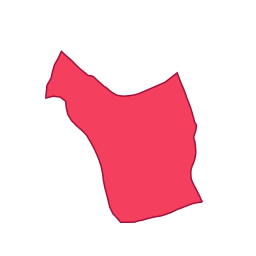 Az Zahir, Al Bayda', Yemen, rotated 339°
{"feature_id": "15242507B38205653347436", "entity_name": "Az Zahir", "entity_type": "district", "adm_level": 2, "iso_a3": "YEM", "parent_name": "Yemen", "parent_adm1": "Al Bayda'", "projection": "mercator", "projection_center": [45.434, 13.999], "detail": "fine", "context": "isolated", "style": "filled", "palette": "rose", "viewbox_px": 256, "rotation_deg": 339, "n_neighbors": 0, "source": "geoboundaries", "source_scale": "gbopen_adm2", "svg_char_len": 2737}
<svg xmlns="http://www.w3.org/2000/svg" viewBox="0 0 256 256"><g transform="rotate(339 128 128)"><path d="M170.8,223.3L170.8,222.3L170.5,220.7L170.5,218.7L170.4,217.1L170.3,215.5L170.0,213.7L169.9,212.1L169.7,210.5L169.5,208.5L169.3,206.8L169.0,204.9L168.9,202.9L168.8,201.0L168.8,199.2L169.0,197.5L169.2,196.6L169.3,196.2L169.4,195.7L170.0,194.0L170.6,192.4L171.2,190.8L172.2,189.1L173.3,187.6L174.0,186.8L174.5,186.2L175.7,185.0L176.3,184.3L176.8,183.8L178.0,182.5L178.4,182.0L179.0,181.2L179.9,179.8L180.9,178.3L181.8,176.7L182.6,175.0L183.1,173.5L183.4,172.4L183.6,171.6L183.8,171.1L184.1,170.1L184.7,168.3L185.1,166.5L185.5,164.9L185.5,164.7L185.5,164.2L185.6,163.1L185.7,161.5L186.2,159.9L186.5,159.5L187.2,158.5L188.4,157.0L189.7,155.6L190.6,154.2L190.9,153.8L191.4,152.8L192.2,151.3L192.9,149.7L192.7,148.3L192.4,146.5L192.4,144.9L192.7,143.3L192.7,143.2L192.9,141.4L193.0,139.8L193.2,138.0L193.3,136.9L193.4,136.2L193.4,134.6L193.6,133.0L193.7,131.0L193.7,129.4L193.7,127.6L193.7,126.0L193.7,124.3L193.7,122.7L193.7,121.1L193.7,119.1L193.8,117.4L193.9,115.5L193.9,113.6L193.9,111.8L193.9,110.0L193.7,108.0L193.7,106.3L193.6,104.6L193.6,102.8L193.6,101.0L193.6,99.0L193.6,98.9L193.6,96.9L193.6,95.1L193.7,94.1L178.9,98.6L150.9,99.8L145.7,99.4L141.8,98.5L138.6,97.7L136.9,97.2L135.2,96.6L133.1,95.6L131.2,94.5L129.6,93.5L128.2,92.1L126.9,90.4L125.7,88.8L125.5,88.5L124.8,87.5L123.9,85.9L122.9,83.9L122.4,83.1L121.8,82.0L120.7,80.6L120.3,80.1L115.7,71.1L113.9,67.3L112.2,66.0L109.6,64.7L109.4,64.3L108.9,63.5L108.0,61.7L106.8,59.8L105.6,57.7L105.4,57.5L104.6,55.9L103.7,54.2L102.9,52.4L102.0,50.5L101.1,48.6L101.0,48.3L100.5,47.0L99.8,45.4L99.0,43.8L98.2,42.2L97.4,40.8L96.6,39.3L93.3,32.6L87.2,38.4L82.1,42.6L77.8,48.2L74.1,53.8L67.5,59.3L63.8,66.9L63.8,67.0L63.0,68.2L62.9,68.4L62.4,69.8L62.1,70.7L62.8,70.7L69.5,71.5L75.6,74.7L76.4,75.9L79.3,80.5L79.2,80.7L78.9,82.1L78.4,84.2L77.6,87.1L76.7,93.9L77.0,95.6L77.9,100.8L80.8,107.5L83.4,112.4L84.0,113.5L84.2,113.9L86.2,118.6L86.7,119.7L87.9,126.5L88.1,128.1L88.9,133.6L89.0,135.0L89.2,138.0L89.4,140.7L89.6,147.8L89.4,150.1L89.3,152.7L89.1,154.8L88.0,161.5L87.5,163.4L86.3,168.1L85.1,174.9L84.8,177.7L84.7,178.2L84.5,180.4L84.3,182.0L83.7,187.4L83.5,189.0L83.3,190.2L82.9,193.9L82.6,195.8L82.7,196.4L83.2,202.5L85.8,208.9L87.1,212.7L87.3,213.4L100.3,218.2L101.1,218.3L102.7,218.3L105.3,218.6L108.2,219.2L110.6,219.3L113.2,219.6L114.0,219.7L115.8,219.9L118.2,220.1L121.1,220.6L123.8,221.1L126.6,221.8L129.5,222.0L132.1,222.2L135.0,222.2L138.2,222.3L141.4,222.0L143.7,221.7L146.3,221.7L149.0,221.8L151.6,221.7L154.1,221.7L156.6,221.7L159.1,221.7L161.9,221.8L164.7,222.3L167.0,222.7L169.6,223.4L170.6,223.3L170.8,223.3Z" fill="#f43f5e" stroke="#9f1239" stroke-width="1.5"/></g></svg>